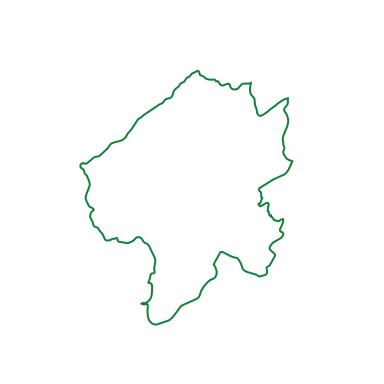 the border of Hövsgöl, rotated 304°
{"feature_id": "MNG-3321", "entity_name": "Hövsgöl", "entity_type": "Province", "adm_level": 1, "iso_a3": "MNG", "parent_name": "Mongolia", "parent_adm1": "", "projection": "robinson", "projection_center": [99.984, 50.195], "detail": "fine", "context": "isolated", "style": "outline", "palette": "green", "viewbox_px": 384, "rotation_deg": 304, "n_neighbors": 0, "source": "natural_earth", "source_scale": "10m", "svg_char_len": 5460}
<svg xmlns="http://www.w3.org/2000/svg" viewBox="0 0 384 384"><g transform="rotate(304 192 192)"><path d="M153.9,84.7L155.0,85.4L155.5,87.2L156.3,88.4L157.7,89.1L165.2,91.2L166.7,91.9L167.7,92.8L168.5,93.8L169.4,94.7L170.6,95.2L180.7,97.6L186.1,97.7L187.4,98.2L190.6,100.5L193.4,103.2L196.5,105.4L200.3,106.4L204.3,106.0L209.2,106.7L222.3,106.6L224.9,107.9L227.9,108.6L246.7,116.2L248.8,117.6L250.6,118.0L252.5,118.0L254.2,118.3L255.9,119.6L257.5,121.2L259.0,121.9L260.6,121.9L264.8,120.6L266.7,120.5L268.6,120.8L271.8,121.9L274.1,121.8L275.3,121.9L276.1,122.2L278.5,123.6L279.6,123.9L283.1,123.7L283.9,123.9L285.5,125.0L286.3,125.4L289.7,125.6L290.7,126.0L291.4,126.6L295.5,128.8L295.9,129.8L295.3,130.9L293.4,133.5L293.4,134.0L293.7,134.5L294.0,135.5L294.1,136.5L294.1,137.4L293.8,139.3L294.0,141.3L294.9,143.5L296.1,145.6L297.3,147.1L297.8,147.8L297.8,148.6L297.6,149.4L297.2,150.1L298.3,151.5L297.9,153.0L297.1,154.6L296.7,156.1L297.3,157.8L298.6,158.9L301.4,160.6L302.3,162.2L302.0,163.4L301.0,164.6L300.1,166.0L299.9,167.6L300.4,169.2L301.3,170.7L302.4,171.7L304.4,172.4L308.8,172.9L310.6,174.0L313.9,178.9L315.3,179.8L312.9,181.0L310.2,182.2L308.2,183.6L306.6,185.2L306.2,185.7L305.7,186.9L305.4,187.6L304.9,189.9L304.1,191.6L303.7,192.0L302.2,193.4L301.2,194.1L300.4,194.8L299.3,195.7L298.1,197.1L297.9,197.8L296.0,200.0L294.2,201.5L293.3,202.9L293.0,203.9L292.9,204.8L293.1,205.7L293.4,206.1L293.8,206.7L294.5,207.1L297.0,208.3L300.6,209.7L304.2,210.6L310.0,212.8L313.2,213.6L316.8,215.0L320.4,216.7L321.7,217.7L323.3,219.1L319.7,221.5L318.2,222.1L317.7,222.2L316.7,222.2L314.2,221.9L313.3,221.9L312.5,222.0L311.6,222.4L311.2,222.7L310.8,223.4L309.4,226.7L308.1,228.7L307.6,229.4L305.9,231.1L304.0,232.5L303.1,232.9L301.1,233.7L297.6,234.7L295.7,234.9L293.6,235.5L290.4,236.1L287.7,237.0L286.8,237.6L285.9,238.2L284.3,239.9L282.2,241.2L281.9,242.0L281.4,242.8L280.2,243.9L279.2,244.4L278.5,244.6L276.6,244.9L275.1,246.3L274.5,247.2L273.0,250.7L272.7,251.6L272.6,252.5L272.7,254.0L273.5,257.6L273.6,258.0L264.6,259.6L259.6,259.3L258.1,258.7L247.8,252.4L234.1,246.3L232.8,245.7L231.7,245.9L231.2,246.4L231.0,246.7L230.8,247.0L230.6,247.2L230.6,247.5L230.5,248.6L230.3,249.0L229.8,249.8L229.0,250.6L227.3,251.6L226.6,252.3L226.5,252.7L226.5,253.2L226.3,253.6L221.1,254.7L220.1,254.6L219.3,253.8L218.7,254.3L218.5,255.0L218.4,255.8L218.3,256.1L218.4,256.7L218.8,257.0L219.3,257.3L224.5,259.8L225.4,260.9L225.4,261.1L225.4,261.4L225.1,262.0L224.8,262.3L223.8,263.0L223.5,263.1L223.2,263.2L222.9,263.2L222.4,263.3L221.8,263.6L220.1,264.6L219.4,264.9L218.5,265.3L218.4,265.6L218.4,265.9L218.6,266.1L218.6,266.5L218.3,266.8L217.7,267.4L216.9,268.1L216.2,269.0L216.0,269.5L216.0,269.8L216.7,270.0L216.9,270.2L216.9,270.4L216.7,270.7L215.8,271.3L215.7,271.6L215.7,271.8L215.8,272.1L215.9,272.4L215.8,272.9L215.5,273.5L215.1,274.5L214.9,275.1L214.7,275.8L214.8,276.2L215.3,277.1L215.4,277.7L215.5,278.6L215.7,279.1L216.2,279.9L216.5,280.3L216.7,280.5L217.0,280.6L217.6,280.8L218.4,280.9L218.7,281.1L219.0,281.2L219.4,281.6L220.4,282.8L218.4,284.1L214.5,285.1L210.3,285.8L209.2,286.5L208.7,287.5L209.0,288.7L209.1,289.7L208.5,291.0L207.2,291.6L205.5,291.8L204.2,291.6L203.0,291.2L196.3,287.9L194.6,287.3L190.4,287.1L189.5,287.4L188.5,288.0L188.0,288.8L187.6,290.0L187.0,294.6L186.5,295.8L185.8,296.4L184.9,296.6L175.0,297.4L173.9,297.2L172.9,296.8L172.0,296.4L171.1,296.1L170.6,296.3L170.0,296.8L169.4,297.6L168.6,298.4L167.2,299.3L166.0,299.5L165.0,299.4L163.6,298.7L159.7,295.2L159.4,291.5L156.8,283.4L156.3,281.4L156.2,279.7L156.3,278.5L156.5,277.6L156.8,276.8L160.1,272.5L160.8,271.0L161.6,269.4L162.4,266.8L162.4,266.1L162.0,265.1L160.9,262.2L160.3,258.8L159.5,251.9L159.2,250.6L158.8,249.9L158.0,249.2L144.2,250.4L142.1,254.3L139.7,257.1L137.1,258.5L136.0,258.7L134.3,258.9L133.3,258.7L132.3,258.3L130.4,257.0L128.8,256.2L125.6,255.3L119.5,254.6L115.1,254.9L113.9,255.2L112.4,255.7L109.6,256.4L107.5,256.2L106.5,255.9L93.1,247.6L90.5,246.6L85.9,246.5L77.6,246.0L73.9,245.2L71.7,244.0L62.5,236.9L61.4,235.5L60.8,233.4L60.7,232.5L60.8,231.2L61.2,229.5L61.6,228.5L62.2,227.3L62.8,226.5L65.0,224.3L68.6,221.5L72.5,219.4L73.5,218.5L74.0,217.8L73.7,217.2L72.1,215.2L71.8,214.6L71.5,214.1L71.3,213.5L71.2,213.0L71.2,212.7L71.8,212.9L72.7,213.4L73.1,214.4L74.1,215.8L76.4,216.7L78.9,217.2L80.7,217.2L82.5,216.7L84.6,215.9L88.4,213.7L91.4,211.7L92.8,210.4L93.2,208.6L92.7,207.6L92.4,206.9L92.5,206.5L95.9,205.7L99.9,204.1L100.9,203.9L101.9,204.2L103.3,205.7L104.2,206.1L104.9,205.7L106.2,204.4L107.6,203.3L113.9,200.5L116.4,198.3L123.5,186.1L123.8,185.3L123.9,184.2L123.9,183.3L123.5,181.5L123.7,179.7L125.2,176.4L125.3,174.6L125.0,173.2L124.2,172.2L123.1,171.5L122.0,171.1L119.3,170.7L118.1,170.3L114.8,168.2L113.8,167.5L113.2,166.4L111.1,161.9L109.8,159.1L110.0,157.9L111.9,155.7L111.6,155.1L110.2,154.2L109.6,153.6L109.2,152.9L108.8,152.3L106.7,151.3L105.2,150.0L104.0,148.3L103.9,146.6L106.8,141.9L107.5,140.1L107.9,138.2L108.1,137.4L109.4,134.8L109.6,134.0L109.4,132.8L108.9,130.9L108.9,130.1L109.2,129.1L109.7,128.4L111.0,127.1L111.5,126.4L113.6,122.7L114.4,121.5L114.9,121.0L115.6,120.8L117.6,120.0L118.7,119.9L122.3,120.5L122.8,119.5L122.9,118.2L122.6,115.8L122.7,114.6L123.2,113.6L124.3,111.7L124.8,110.6L127.4,107.1L131.4,105.6L139.9,103.7L141.3,102.8L142.7,101.5L143.9,100.1L146.8,95.5L147.5,92.8L147.9,92.0L149.5,90.2L149.9,89.4L150.0,88.5L150.0,86.6L150.3,85.7L151.7,84.5L153.4,84.5L153.9,84.7Z" fill="none" stroke="#15803d" stroke-width="2"/></g></svg>